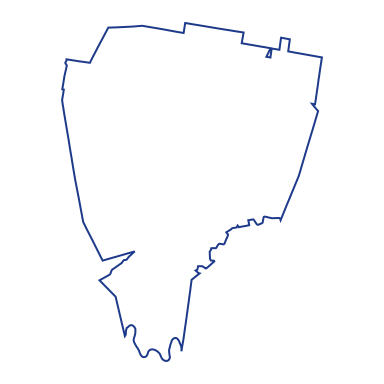 outline of Jiménez, Tamaulipas, Mexico
{"feature_id": "50627088B38667494572477", "entity_name": "Jiménez", "entity_type": "district", "adm_level": 2, "iso_a3": "MEX", "parent_name": "Mexico", "parent_adm1": "Tamaulipas", "projection": "orthographic", "projection_center": [-98.515, 24.206], "detail": "fine", "context": "isolated", "style": "outline", "palette": "blue", "viewbox_px": 384, "rotation_deg": 0, "n_neighbors": 0, "source": "geoboundaries", "source_scale": "gbopen_adm2", "svg_char_len": 3962}
<svg xmlns="http://www.w3.org/2000/svg" viewBox="0 0 384 384"><path d="M83.2,222.0L85.7,227.0L86.5,228.7L92.0,239.4L95.3,246.0L102.6,260.6L134.7,251.4L128.7,256.9L128.4,257.3L126.8,259.5L125.9,259.9L124.0,260.1L123.3,260.7L121.8,262.9L112.0,269.8L111.4,270.9L110.7,272.9L110.2,274.1L109.9,274.4L109.4,274.8L99.5,280.3L115.6,296.7L121.8,323.1L124.9,336.1L125.2,335.6L125.7,334.7L125.8,334.0L125.9,333.1L125.8,332.5L125.9,331.6L126.0,330.7L126.5,328.7L126.8,327.8L127.4,327.5L128.3,326.8L129.3,325.8L130.5,325.2L131.5,325.2L132.9,325.6L134.1,326.8L134.3,327.0L135.3,328.6L135.4,329.5L135.3,333.5L134.8,335.5L133.7,339.1L133.7,340.3L133.9,341.7L134.9,343.8L136.3,346.3L137.1,347.4L137.4,347.8L138.5,349.8L138.9,350.4L139.1,350.9L139.9,353.3L140.8,354.9L141.5,356.0L142.3,356.7L143.0,357.0L143.6,357.1L144.2,357.1L144.7,357.0L145.7,356.7L146.4,356.2L147.0,355.2L147.4,354.5L148.0,352.5L148.3,351.7L148.7,351.1L149.6,350.2L150.6,349.6L151.8,349.4L153.1,349.4L155.3,350.1L157.4,351.4L158.7,352.6L159.7,353.7L160.3,354.9L160.9,356.4L161.5,357.7L161.8,358.3L162.4,359.1L162.6,359.2L163.0,359.7L163.8,360.2L165.4,360.9L165.9,361.0L166.1,360.9L166.6,360.9L167.1,360.9L167.9,360.6L168.7,360.0L169.7,358.3L169.9,357.1L169.5,355.0L169.3,353.2L169.1,351.9L169.1,350.1L169.4,348.5L169.8,347.4L170.1,345.6L170.6,344.2L171.2,342.5L171.5,341.3L171.9,340.4L172.6,339.3L174.4,338.1L175.1,338.0L176.2,338.1L177.0,338.4L177.1,338.5L178.4,339.9L179.6,342.3L179.7,343.0L180.2,343.9L180.6,344.9L181.3,346.7L181.4,347.8L181.5,349.6L181.4,351.3L182.2,346.3L183.5,338.9L184.8,329.5L185.6,324.0L186.8,315.6L187.5,310.4L189.0,299.5L190.0,292.1L190.1,291.6L190.7,286.7L191.6,279.8L199.6,273.4L198.9,273.2L198.4,273.0L195.6,270.5L197.3,269.7L198.1,266.2L202.3,266.2L203.4,267.0L205.7,268.4L205.9,268.1L206.4,268.2L207.5,267.4L214.3,261.4L214.1,260.8L213.6,260.7L210.8,260.5L210.1,258.9L209.9,256.9L209.7,251.8L211.2,249.3L211.2,248.3L212.9,248.1L214.5,248.1L214.9,248.1L215.3,248.2L215.8,248.2L216.2,247.9L216.7,247.2L217.3,246.0L217.9,245.1L218.1,244.8L218.8,244.0L219.5,243.8L221.0,243.9L223.0,244.3L223.6,244.3L224.4,243.8L225.9,240.1L226.0,239.8L226.4,238.8L226.8,238.2L228.0,235.1L228.0,234.9L228.0,234.6L227.6,233.9L227.4,233.7L226.3,232.6L226.3,232.3L226.9,231.9L231.2,229.3L231.4,228.8L232.3,228.2L232.9,228.0L236.1,227.6L236.6,227.4L236.8,227.0L237.6,225.5L237.8,225.7L238.8,227.2L240.5,226.9L241.7,226.6L242.9,226.4L243.7,226.3L246.8,225.7L247.7,225.5L248.5,225.4L249.2,225.2L248.4,220.6L248.3,220.2L252.5,219.5L253.1,219.4L253.4,219.5L253.7,219.7L254.2,220.4L256.4,223.7L256.7,224.2L257.2,224.6L257.9,224.8L258.6,224.6L262.0,223.2L262.3,223.0L262.6,222.6L263.6,217.4L263.7,217.1L264.0,216.8L264.4,216.7L264.9,216.6L270.9,218.0L272.1,218.2L279.1,218.0L279.7,218.2L280.1,218.6L280.6,220.2L287.7,202.7L289.9,197.6L290.0,197.2L297.2,179.8L298.8,175.9L302.3,164.0L302.4,163.7L307.3,147.1L313.8,125.6L316.0,118.1L318.1,111.1L315.7,108.3L312.7,104.7L312.0,103.8L315.0,104.3L316.0,98.2L316.2,96.5L318.1,83.3L318.7,78.5L318.9,77.8L319.9,70.6L321.9,57.4L301.1,53.7L294.2,52.5L290.1,51.7L288.7,51.5L288.2,51.4L289.6,41.1L289.8,39.3L289.1,39.2L281.1,37.7L280.9,38.8L279.4,49.8L271.7,48.5L270.4,57.5L266.4,56.8L270.6,48.2L267.5,47.7L263.8,47.0L262.2,46.8L252.0,45.0L246.5,44.1L241.7,43.2L243.6,32.5L238.4,31.7L235.8,31.3L232.1,30.7L220.2,28.8L214.8,27.9L214.7,27.9L195.5,24.7L195.3,24.7L194.1,24.5L185.2,23.0L183.6,33.0L183.0,32.9L177.7,32.0L170.6,30.7L160.7,28.9L142.3,25.8L132.2,26.6L115.7,27.4L108.3,27.6L99.8,43.6L97.5,47.9L96.6,49.7L92.2,58.1L89.9,62.8L80.1,61.4L79.0,61.3L66.5,59.3L66.5,60.6L65.4,62.4L65.4,63.3L66.4,64.7L66.8,65.7L64.4,76.3L63.4,82.7L62.3,89.3L63.8,89.6L63.6,91.0L62.1,100.2L62.2,100.9L62.3,101.5L62.8,105.0L63.4,108.3L63.4,108.7L65.5,121.5L65.7,122.5L65.8,123.2L68.7,140.3L69.5,145.4L69.6,146.2L70.9,154.0L71.7,158.6L72.0,160.8L72.5,163.5L72.6,164.3L74.3,174.6L74.6,176.3L75.0,178.8L79.1,200.0L80.1,205.4L83.2,222.0Z" fill="none" stroke="#1e3a8a" stroke-width="2"/></svg>